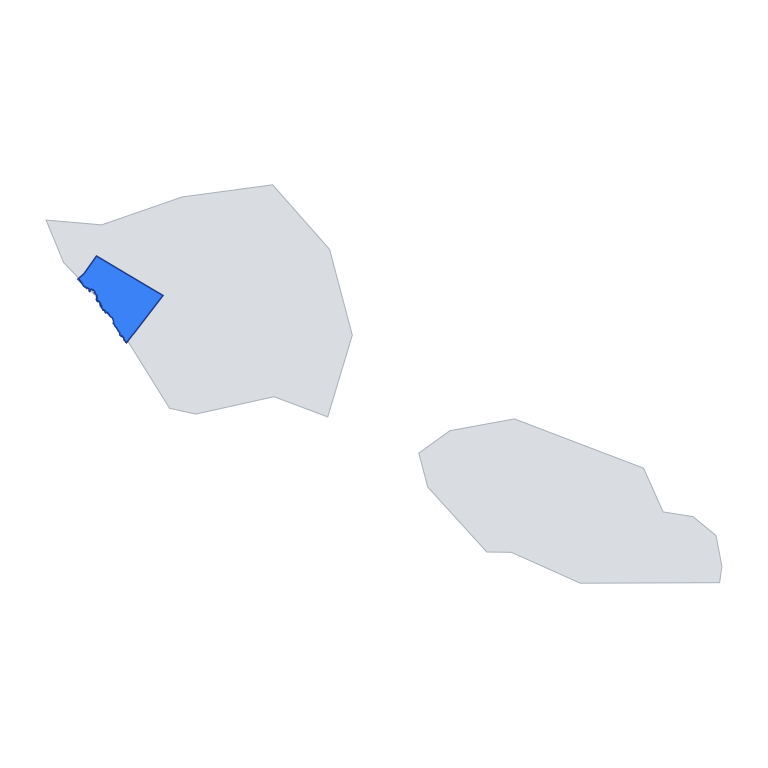 Salega, Satupa'itea, Samoa shown in context
{"feature_id": "51752279B51702151911429", "entity_name": "Salega", "entity_type": "district", "adm_level": 2, "iso_a3": "WSM", "parent_name": "Samoa", "parent_adm1": "Satupa'itea", "projection": "equal_earth", "projection_center": [-172.669, -13.632], "detail": "fine", "context": "in_parent", "style": "filled", "palette": "blue", "viewbox_px": 768, "rotation_deg": 0, "n_neighbors": 0, "source": "geoboundaries", "source_scale": "gbopen_adm2", "svg_char_len": 4637}
<svg xmlns="http://www.w3.org/2000/svg" viewBox="0 0 768 768"><path d="M272.6,184.8L329.6,249.4L352.3,335.1L327.7,416.9L273.9,396.7L195.7,414.1L169.6,408.3L107.0,307.8L63.6,262.5L46.1,220.1L101.5,224.9L182.3,196.9L272.6,184.8ZM719.6,582.7L580.2,583.2L511.3,552.3L486.8,552.0L427.8,487.1L418.8,453.1L449.9,430.7L514.3,418.9L643.6,468.2L663.1,511.9L692.9,516.6L716.0,535.6L721.9,566.2L719.6,582.7Z" fill="#d9dde1" stroke="#a8b0b8" stroke-width="1"/><path d="M96.5,256.0L83.8,273.9L78.1,278.8L77.9,279.2L78.0,279.3L78.1,279.0L78.4,279.2L78.6,279.4L78.9,279.8L79.0,279.8L78.9,280.0L79.0,280.2L79.3,280.5L79.6,280.5L79.8,280.8L80.1,280.9L80.0,281.0L80.1,281.5L80.3,281.5L80.3,281.8L80.5,282.0L80.7,281.5L80.8,281.8L80.8,281.7L81.0,281.8L81.3,282.2L81.5,282.3L81.9,282.9L81.8,283.1L82.0,283.2L82.0,283.5L82.4,284.0L82.5,284.4L82.5,284.6L82.9,285.0L83.1,285.1L83.1,285.3L83.4,285.5L83.5,285.7L83.7,286.1L83.9,286.2L83.9,286.4L84.1,286.5L84.3,286.6L84.5,286.7L84.8,286.8L84.8,287.0L85.1,287.0L85.4,287.1L85.7,287.3L85.9,287.4L85.9,287.6L86.0,287.8L86.5,287.8L86.6,287.7L86.7,287.9L86.8,288.1L87.0,287.7L87.4,287.8L87.3,288.0L87.6,287.9L87.8,288.0L87.9,288.3L88.1,288.3L88.4,288.5L88.5,288.8L88.9,288.8L89.1,288.9L89.1,289.2L89.2,289.6L89.4,289.7L89.4,290.0L89.1,290.1L89.1,290.3L89.3,290.2L89.3,290.4L89.2,290.4L89.2,290.8L89.5,290.7L89.6,291.2L89.9,291.6L90.0,291.5L90.0,291.4L90.1,290.9L90.2,290.7L90.3,290.4L90.6,289.8L90.9,289.6L91.1,289.6L91.2,289.4L91.1,289.2L91.7,289.2L92.2,289.5L92.4,289.8L92.5,289.7L92.8,289.8L92.8,290.0L93.1,289.8L93.3,290.1L93.6,290.4L94.2,290.7L94.4,291.2L94.7,291.7L94.6,292.0L94.3,292.5L94.5,292.5L94.6,292.4L94.7,292.2L94.9,292.3L95.2,293.0L95.2,293.4L95.1,293.6L95.3,293.9L95.5,294.0L95.9,294.2L95.9,294.3L96.3,294.6L96.6,294.9L96.7,295.0L96.9,295.2L96.9,295.6L97.0,295.7L97.1,296.1L96.7,296.5L96.8,296.6L97.0,296.6L96.9,296.8L96.8,297.1L96.8,297.3L97.0,297.3L97.0,297.5L96.7,297.6L96.5,298.3L96.7,298.5L97.0,298.6L96.9,298.7L96.7,298.7L96.7,298.9L96.5,299.2L96.6,299.3L96.8,299.4L96.8,299.5L96.5,299.4L96.3,299.4L96.3,299.6L96.4,299.8L96.6,299.9L96.7,300.3L97.0,300.1L97.2,300.4L97.2,300.5L97.4,300.6L97.5,301.0L97.3,301.1L97.3,301.3L97.5,301.5L97.7,301.4L97.7,301.2L97.8,301.0L97.7,301.0L97.8,300.7L98.0,300.9L98.3,300.9L98.4,301.2L98.3,301.3L98.5,301.2L98.7,301.4L99.0,301.6L99.3,301.8L99.4,302.2L99.3,302.4L99.4,302.5L99.6,302.4L99.7,302.7L99.8,302.8L100.0,303.2L100.1,303.3L100.0,303.7L100.6,303.6L100.6,303.9L100.4,304.0L100.5,304.4L100.3,304.7L100.4,304.9L100.3,305.1L100.2,305.3L100.6,305.6L100.6,305.4L100.9,305.5L100.7,305.7L100.6,306.0L100.8,306.0L101.0,306.0L101.3,305.8L101.5,305.6L101.7,306.0L101.4,306.3L101.5,306.5L101.3,306.9L101.6,306.9L101.6,307.2L101.7,307.4L101.7,307.6L101.8,307.6L101.9,307.8L102.0,308.1L102.2,308.5L102.4,308.6L102.4,308.8L102.5,309.0L102.7,309.5L102.7,309.9L102.8,309.9L103.1,310.0L103.4,310.2L103.6,309.9L103.9,310.1L104.0,310.0L104.4,310.2L104.5,310.5L104.6,310.4L104.9,310.4L105.0,310.6L105.1,310.8L104.9,311.0L104.8,311.3L104.9,311.5L105.1,311.8L105.1,312.0L105.2,312.3L105.2,312.5L105.3,312.7L105.5,312.5L105.8,312.6L106.0,312.5L106.4,312.4L106.6,312.6L106.8,312.3L107.0,312.2L107.4,312.3L107.6,312.5L107.6,312.8L107.5,313.1L107.6,313.3L108.0,313.4L108.1,313.6L108.3,313.5L108.5,313.8L108.7,314.1L108.9,314.4L109.1,314.4L109.3,314.6L109.3,314.8L109.3,315.5L109.5,315.7L109.7,315.9L109.9,315.9L110.1,316.1L110.3,316.3L110.9,316.9L111.4,317.2L111.8,317.4L112.0,317.5L112.3,317.8L112.6,318.3L112.7,318.6L112.9,319.2L113.1,319.6L113.2,320.0L113.5,320.7L113.5,321.1L113.5,321.5L113.6,321.9L113.6,322.3L113.4,322.9L113.3,323.2L113.5,323.2L113.7,323.4L113.7,323.8L114.0,324.0L114.2,324.4L114.3,324.7L114.6,325.1L114.8,325.5L114.9,326.1L115.1,326.2L115.7,327.0L116.4,327.7L116.8,328.3L117.2,329.0L117.4,329.3L117.7,329.8L118.0,330.3L118.0,330.6L118.2,330.8L118.6,331.2L119.1,332.0L119.5,332.6L119.8,332.9L119.9,333.2L119.8,333.3L119.9,333.9L119.7,334.2L119.8,334.5L119.8,335.0L120.1,335.1L120.7,335.8L121.0,335.9L121.1,336.1L121.3,335.9L121.5,336.1L121.7,336.3L122.0,336.1L122.0,336.4L122.1,336.6L122.3,336.6L122.6,336.7L122.6,337.0L123.0,337.1L123.3,337.2L123.6,337.5L123.8,338.1L123.8,338.4L123.8,338.8L123.7,339.0L123.9,339.2L123.9,339.5L124.0,339.7L124.3,339.9L124.3,340.3L124.4,340.6L124.8,340.8L124.9,341.0L125.3,341.3L125.6,341.4L125.8,341.6L125.8,341.8L126.0,341.7L126.1,342.0L126.0,342.3L126.4,342.3L126.6,342.4L126.7,342.6L129.2,339.2L130.3,337.9L133.2,334.0L133.6,333.8L163.0,295.5L159.0,293.1L156.6,291.7L153.0,289.6L141.4,282.7L130.1,276.0L127.7,274.6L123.7,272.2L115.8,267.5L101.9,259.2L96.5,256.0Z" fill="#3b82f6" stroke="#1e3a8a" stroke-width="1.5"/></svg>